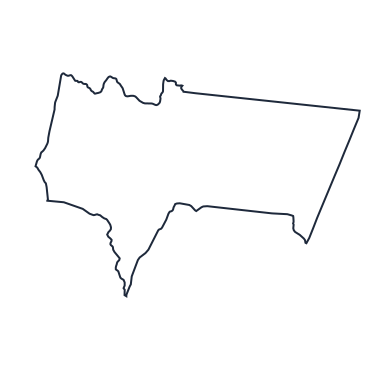 Tarija, Mercator projection, rotated 6°
{"feature_id": "BOL-1941", "entity_name": "Tarija", "entity_type": "Department", "adm_level": 1, "iso_a3": "BOL", "parent_name": "Bolivia", "parent_adm1": "", "projection": "mercator", "projection_center": [-64.397, -21.882], "detail": "fine", "context": "isolated", "style": "outline", "palette": "slate", "viewbox_px": 384, "rotation_deg": 6, "n_neighbors": 0, "source": "natural_earth", "source_scale": "10m", "svg_char_len": 3787}
<svg xmlns="http://www.w3.org/2000/svg" viewBox="0 0 384 384"><g transform="rotate(6 192 192)"><path d="M311.1,231.0L310.2,230.7L309.9,229.9L309.7,228.9L309.3,227.9L308.1,226.6L303.7,223.4L298.8,221.0L297.3,219.5L296.5,217.5L296.5,213.9L295.8,212.6L296.1,211.7L296.1,210.5L295.4,206.3L295.1,205.3L293.7,204.9L289.2,204.1L273.8,204.9L241.2,204.7L208.7,204.5L204.7,205.2L203.0,206.2L198.2,210.5L197.0,209.9L192.7,206.1L190.7,205.2L181.0,204.5L178.2,205.0L176.7,205.7L176.4,206.0L176.3,206.7L175.3,209.2L175.0,211.4L174.6,212.3L173.8,213.1L173.0,213.5L172.3,213.7L171.8,214.1L170.9,215.9L169.3,222.2L166.0,230.4L165.2,231.7L163.1,232.8L162.4,233.7L154.7,253.9L152.2,257.5L146.8,262.6L145.3,265.3L140.9,282.2L140.8,290.3L139.9,292.5L137.5,301.1L137.6,302.5L135.7,301.6L135.3,296.3L134.0,294.8L134.8,292.1L134.5,289.0L133.1,286.5L130.8,285.5L129.7,284.6L127.0,278.6L125.9,277.8L125.0,277.4L124.3,276.8L124.1,275.1L124.2,273.9L124.7,271.7L124.8,270.5L125.2,269.3L126.0,268.3L126.8,267.2L127.0,265.5L121.2,259.8L119.7,257.7L119.1,255.2L118.7,254.5L116.9,253.3L116.3,252.4L116.3,251.3L117.1,249.1L117.0,247.9L115.6,246.7L113.4,245.2L112.1,243.2L113.1,240.6L114.4,239.0L115.2,237.4L115.1,235.6L114.2,233.3L113.3,232.0L110.5,228.6L109.6,227.9L107.5,227.4L105.2,226.2L103.2,224.8L101.0,224.4L100.1,224.1L99.3,224.3L97.4,225.1L96.4,225.3L92.4,224.3L85.1,220.2L65.6,215.6L48.0,215.8L49.8,215.8L49.7,215.5L46.9,202.3L45.8,198.8L45.5,198.4L44.6,197.7L43.4,195.9L40.8,190.7L39.1,188.2L38.4,187.4L37.3,186.3L36.7,185.5L36.1,184.7L35.7,184.1L35.2,183.7L34.8,183.4L33.7,182.8L34.6,177.7L35.3,176.0L36.3,175.0L36.9,174.2L37.2,173.2L37.5,170.0L37.8,168.9L38.1,168.2L38.5,167.9L39.9,166.3L41.3,163.8L43.1,159.0L43.4,157.6L43.5,156.6L43.4,153.0L43.9,146.6L46.7,124.3L46.5,122.0L46.5,117.6L46.7,116.5L48.4,110.3L49.7,90.0L49.9,89.3L50.3,88.6L50.9,87.8L51.5,87.5L52.1,87.5L52.6,87.8L53.5,88.4L54.0,88.7L55.8,89.3L56.4,89.4L57.0,89.3L58.4,88.7L59.0,88.5L59.6,88.5L60.1,88.8L60.9,89.5L64.1,93.5L64.3,93.6L64.5,93.6L65.0,93.6L65.7,93.5L66.4,93.5L66.5,93.5L67.1,94.3L67.4,94.6L67.9,94.7L68.4,94.6L69.3,94.2L70.0,94.1L70.5,94.2L71.0,94.5L71.8,95.2L72.2,95.5L72.8,95.7L73.4,95.8L74.7,95.7L75.3,95.7L75.8,95.9L76.3,96.3L76.6,96.7L76.7,97.3L76.9,97.9L77.1,98.4L77.5,98.8L78.7,99.2L79.2,99.4L79.7,99.7L80.0,100.1L80.4,100.5L80.6,101.0L80.9,101.4L81.3,101.8L81.7,102.1L83.3,102.8L83.7,103.2L84.1,103.6L84.5,104.0L84.9,104.3L85.4,104.3L86.7,103.8L88.6,103.2L90.3,102.4L91.0,101.7L91.4,101.0L91.7,99.7L91.9,99.1L92.7,97.5L92.8,96.9L92.8,96.3L92.8,95.0L93.0,93.5L93.6,91.9L95.1,89.6L96.0,87.9L97.0,86.4L97.8,85.9L98.5,85.6L99.1,85.8L99.6,85.9L101.0,86.7L101.6,86.9L102.2,87.0L103.5,87.0L104.1,87.1L104.6,87.3L105.0,87.7L105.2,88.2L105.8,89.8L106.1,90.3L106.5,90.7L108.4,91.8L108.9,92.1L109.6,92.9L110.0,93.5L112.0,95.8L112.3,96.3L114.8,102.0L115.1,102.5L115.4,102.9L115.8,103.2L116.3,103.5L117.1,103.6L118.0,103.6L121.2,102.7L123.1,102.5L123.8,102.5L125.2,102.8L125.7,103.0L126.6,103.6L130.3,106.8L134.1,108.5L136.0,108.8L142.3,108.2L143.6,108.3L146.4,109.2L147.2,109.3L147.9,109.2L148.5,108.8L149.0,108.5L149.5,107.9L149.9,107.4L150.3,106.9L150.5,106.4L150.7,105.8L150.8,105.1L150.9,102.9L150.9,102.2L150.3,100.6L150.4,100.0L150.9,99.1L151.0,98.6L151.1,98.0L151.3,97.3L152.0,96.4L152.4,95.7L152.6,95.0L152.6,94.4L152.0,87.8L152.1,85.0L152.2,84.0L152.4,83.4L153.2,81.5L153.8,81.8L155.1,83.3L156.5,84.2L157.8,84.1L159.3,83.5L161.6,83.6L163.6,84.0L164.5,84.8L164.8,86.8L165.8,87.5L168.7,87.5L169.3,87.3L170.5,87.1L171.3,87.3L170.5,88.6L170.3,89.7L171.0,90.9L173.0,92.8L173.1,93.2L175.2,93.2L184.9,93.4L350.2,93.6L350.3,93.6L349.9,100.9L346.5,112.3L343.2,123.8L339.5,136.2L335.8,149.2L332.2,161.0L327.4,177.1L323.6,189.8L319.1,204.9L316.4,214.9L313.4,225.5L311.1,231.0Z" fill="none" stroke="#1e293b" stroke-width="2"/></g></svg>